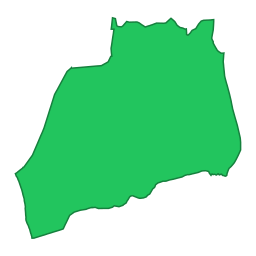 outline of Bayt Al Faqih, Al Hudaydah, Yemen
{"feature_id": "15242507B83737515314147", "entity_name": "Bayt Al Faqih", "entity_type": "district", "adm_level": 2, "iso_a3": "YEM", "parent_name": "Yemen", "parent_adm1": "Al Hudaydah", "projection": "equal_earth", "projection_center": [43.296, 14.46], "detail": "fine", "context": "isolated", "style": "filled", "palette": "green", "viewbox_px": 256, "rotation_deg": 0, "n_neighbors": 0, "source": "geoboundaries", "source_scale": "gbopen_adm2", "svg_char_len": 4318}
<svg xmlns="http://www.w3.org/2000/svg" viewBox="0 0 256 256"><path d="M15.4,173.6L16.3,176.2L17.3,177.5L18.1,179.7L18.8,181.1L19.5,183.2L20.6,186.4L20.9,187.4L21.7,189.5L22.5,192.5L23.0,194.8L24.2,198.9L24.3,200.9L25.0,204.0L25.4,206.8L25.2,208.4L25.6,212.9L25.7,215.1L26.0,217.1L25.9,218.8L26.0,220.2L26.6,221.9L27.2,223.5L28.3,225.6L29.1,228.0L29.7,229.3L30.1,230.9L30.8,233.5L31.2,234.4L31.4,235.4L31.7,236.1L31.8,236.9L32.0,238.2L33.0,238.1L34.1,238.1L34.6,237.9L35.6,237.6L37.9,236.9L38.8,236.6L40.0,236.2L41.8,235.7L42.8,235.3L43.0,235.3L44.1,235.0L46.5,234.2L47.3,233.9L50.7,232.9L51.0,232.8L53.1,232.1L58.4,230.5L61.2,229.6L63.2,228.9L65.4,224.1L66.0,223.0L69.6,215.4L74.2,212.1L76.5,211.4L80.4,210.2L86.1,209.3L86.4,209.1L88.4,208.4L89.7,208.0L91.9,207.4L92.0,207.7L94.7,207.4L95.1,207.3L96.2,207.7L96.7,207.9L98.5,208.5L103.6,208.4L105.8,208.4L108.5,208.4L111.8,207.4L112.0,207.3L112.4,207.2L113.9,206.1L114.3,205.8L115.1,206.0L118.0,206.5L119.0,206.7L121.5,205.8L122.1,205.6L123.0,205.3L123.3,204.8L126.2,202.9L127.0,201.1L128.0,199.7L129.7,196.8L130.5,196.2L131.7,195.8L133.2,195.8L133.8,196.2L135.6,196.9L137.9,197.8L139.2,198.2L140.0,198.3L143.5,197.9L146.4,196.8L147.5,195.3L148.6,194.7L149.8,193.9L152.7,188.9L153.2,188.5L154.0,187.9L154.8,187.0L155.6,184.7L156.7,183.9L156.8,183.8L157.7,183.1L157.8,183.0L161.6,181.7L162.7,181.3L162.8,181.2L164.7,181.2L166.1,181.1L167.6,180.6L169.7,179.9L171.8,179.5L173.7,179.1L175.1,178.7L175.3,178.7L177.0,178.2L177.4,178.1L181.9,177.0L182.5,176.7L184.9,175.4L187.6,174.6L188.9,174.7L191.0,174.2L192.4,173.8L193.9,173.5L195.8,173.0L196.0,173.0L197.6,172.6L198.4,172.4L201.7,171.0L203.6,170.8L205.8,170.7L208.7,171.5L209.4,173.3L209.5,173.4L211.0,175.3L211.3,174.8L211.6,174.3L212.1,174.0L212.5,174.3L212.8,174.5L213.2,174.6L213.6,174.4L214.3,174.3L214.9,174.3L215.3,174.5L215.7,174.8L216.3,175.0L216.7,174.9L217.0,174.6L217.6,174.0L218.3,173.8L218.5,173.9L218.8,174.5L219.3,174.9L219.8,174.8L220.1,174.6L220.6,174.3L221.2,174.2L221.7,174.2L222.0,174.7L222.3,175.2L222.9,175.5L223.5,175.5L224.3,175.8L225.0,176.1L225.8,176.1L226.1,175.9L226.6,175.4L226.9,175.1L226.9,174.5L227.0,173.7L228.1,170.5L229.0,168.4L231.1,166.5L233.1,164.2L234.3,162.7L236.1,159.5L238.3,155.1L240.6,150.0L240.6,148.3L240.6,142.3L240.3,138.7L240.1,137.4L237.3,125.3L234.8,116.7L234.3,114.9L232.6,108.8L232.4,107.6L231.8,104.7L231.7,104.3L231.4,102.7L231.1,101.0L229.5,94.2L227.1,85.2L226.7,84.0L225.9,81.1L225.1,78.1L224.6,75.9L224.3,72.6L223.6,65.9L223.6,65.4L223.2,61.7L223.6,56.4L223.6,55.7L223.9,53.0L222.7,53.2L220.9,53.1L220.3,52.7L219.5,52.1L218.8,51.7L217.4,50.5L217.2,50.2L216.5,49.0L216.5,48.9L215.9,48.0L214.7,45.9L214.1,44.8L213.9,44.4L213.2,43.1L213.2,41.9L213.2,41.6L212.2,39.8L211.7,38.2L212.2,35.3L213.2,30.0L213.5,25.6L213.7,21.5L213.7,20.0L213.7,19.6L210.2,20.0L203.6,20.3L201.2,21.1L198.6,24.1L195.8,28.6L192.1,30.4L190.2,33.1L188.4,34.9L187.4,35.0L186.6,34.5L186.6,33.3L186.3,28.9L185.8,29.0L185.0,29.1L182.9,28.1L180.7,27.6L180.0,27.5L177.1,25.3L174.8,21.6L172.8,19.8L172.7,19.7L171.0,18.3L169.8,19.3L168.3,20.7L165.8,23.0L165.7,23.0L163.5,23.3L163.2,23.3L162.0,23.2L161.7,23.2L160.3,23.2L160.2,23.2L156.6,23.1L154.4,23.9L151.8,24.9L150.7,25.2L150.6,25.3L149.7,25.6L147.9,26.1L145.2,27.0L145.1,26.9L142.5,25.2L142.4,25.2L139.0,22.8L137.0,22.0L132.9,22.1L129.6,22.2L129.3,22.2L127.4,21.7L127.1,21.6L126.7,21.5L122.9,25.9L121.6,26.8L120.2,26.8L118.6,26.6L117.8,26.4L117.5,26.3L117.2,26.1L116.9,25.7L116.7,25.3L116.5,24.1L116.0,21.7L115.4,18.6L112.5,17.8L111.9,23.6L111.6,26.2L111.2,29.2L114.0,29.2L114.0,29.5L113.6,31.5L113.4,33.4L112.7,37.7L112.3,40.5L112.2,41.2L111.9,43.3L111.5,45.9L111.1,48.1L111.1,48.5L111.1,49.1L111.2,49.9L111.4,52.6L111.8,56.2L110.8,56.4L108.2,61.8L106.4,62.9L102.9,64.8L101.4,65.7L100.5,65.7L100.2,65.8L97.0,66.0L78.6,67.6L71.3,68.2L71.3,67.8L71.2,67.9L71.1,68.0L70.8,68.3L69.1,69.8L67.2,71.4L67.1,71.5L61.9,81.1L57.0,90.2L56.1,91.7L54.6,94.5L50.7,107.0L49.9,109.4L49.6,110.4L48.6,113.6L46.2,121.2L44.4,126.9L43.9,128.4L43.8,128.6L42.4,132.1L41.6,133.9L41.0,135.2L37.5,143.5L36.1,146.7L32.5,155.1L31.3,156.8L29.7,159.0L25.5,164.9L24.0,167.0L23.9,167.1L23.0,167.4L22.9,167.6L22.9,167.8L22.8,168.0L22.2,168.5L21.1,169.3L20.8,169.5L17.8,171.9L17.3,172.4L16.6,172.9L16.2,173.2L15.4,173.6Z" fill="#22c55e" stroke="#15803d" stroke-width="1.5"/></svg>